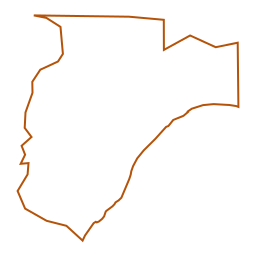 Pulaski, Illinois, United States of America
{"feature_id": "52423323B7209485651557", "entity_name": "Pulaski", "entity_type": "district", "adm_level": 2, "iso_a3": "USA", "parent_name": "United States of America", "parent_adm1": "Illinois", "projection": "equal_earth", "projection_center": [-89.12, 37.202], "detail": "fine", "context": "isolated", "style": "outline", "palette": "amber", "viewbox_px": 256, "rotation_deg": 0, "n_neighbors": 0, "source": "geoboundaries", "source_scale": "gbopen_adm2", "svg_char_len": 841}
<svg xmlns="http://www.w3.org/2000/svg" viewBox="0 0 256 256"><path d="M238.4,106.9L237.7,42.7L215.7,47.2L190.1,35.5L163.9,49.9L163.8,19.8L129.0,16.7L84.4,16.1L33.8,15.4L46.4,17.9L60.5,26.9L62.9,53.9L58.0,61.5L40.3,69.7L32.3,81.8L32.5,92.8L25.5,112.4L24.7,127.9L31.5,137.0L21.6,145.8L25.1,154.7L20.7,163.8L28.5,163.1L27.6,174.4L17.6,191.0L25.1,208.6L46.6,220.8L66.4,225.8L82.6,240.6L85.0,235.5L93.7,223.1L95.8,221.8L96.7,222.4L98.8,221.6L102.1,218.9L104.1,216.4L105.6,211.9L106.2,211.0L112.5,206.3L114.5,204.2L115.5,202.4L118.6,200.4L121.4,197.7L129.2,179.2L130.7,174.7L131.3,171.2L133.1,166.1L137.2,158.4L143.8,150.3L155.4,138.8L166.1,126.9L168.4,126.0L173.3,119.9L183.5,115.8L188.7,111.4L187.0,112.0L191.8,108.7L203.1,105.1L213.6,104.1L229.4,105.0L235.2,105.9L236.0,106.0L238.4,106.9Z" fill="none" stroke="#b45309" stroke-width="2"/></svg>